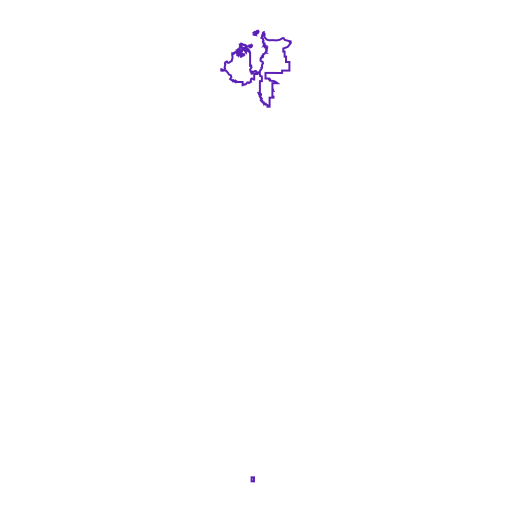 outline of Unincorporated NT, Northern Territory, Australia
{"feature_id": "25037944B66789818675827", "entity_name": "Unincorporated NT", "entity_type": "district", "adm_level": 2, "iso_a3": "AUS", "parent_name": "Australia", "parent_adm1": "Northern Territory", "projection": "orthographic", "projection_center": [130.965, -18.633], "detail": "fine", "context": "isolated", "style": "outline", "palette": "violet", "viewbox_px": 512, "rotation_deg": 0, "n_neighbors": 0, "source": "geoboundaries", "source_scale": "gbopen_adm2", "svg_char_len": 5558}
<svg xmlns="http://www.w3.org/2000/svg" viewBox="0 0 512 512"><path d="M259.9,81.1L259.9,92.6L259.3,92.9L258.5,92.9L259.1,94.3L259.9,93.8L261.0,94.1L261.1,94.9L259.8,96.2L260.2,96.6L260.2,97.3L260.8,97.4L260.9,97.8L261.2,97.9L261.3,98.4L261.8,98.7L261.6,99.1L261.0,99.3L260.7,100.1L261.4,100.9L262.1,100.9L261.9,101.7L263.1,102.1L263.3,102.8L263.8,102.6L264.1,104.3L265.1,103.7L265.7,103.7L265.9,104.7L267.0,104.8L267.7,105.3L267.5,106.7L269.6,106.7L269.6,97.7L273.5,97.7L273.5,96.7L272.4,96.7L272.4,90.6L273.2,90.7L272.7,90.0L272.8,89.6L272.4,89.6L272.4,83.2L277.4,83.2L275.4,81.7L273.4,81.0L270.0,80.6L270.0,79.4L268.9,79.4L268.9,78.5L265.5,78.5L265.5,72.9L282.1,73.0L282.1,70.6L289.4,70.6L289.4,62.0L286.0,62.0L286.1,56.6L284.6,56.6L284.6,51.6L283.3,51.6L283.3,48.5L287.7,46.9L290.8,43.0L290.7,42.0L290.3,42.3L290.5,42.6L290.2,42.8L289.7,42.4L289.7,42.0L290.1,41.8L289.8,41.2L289.4,41.3L289.2,41.1L285.0,40.0L284.3,39.4L283.9,38.4L283.0,38.0L279.6,39.8L276.5,40.4L272.0,40.1L269.5,40.3L268.0,40.0L266.5,39.4L264.5,37.2L264.2,36.3L264.5,35.7L264.2,35.2L264.5,34.8L264.2,34.5L264.5,33.7L263.8,33.1L263.8,32.2L263.4,32.3L262.8,33.1L262.9,34.1L262.1,35.3L262.2,36.2L261.4,37.8L262.0,38.0L263.0,38.9L263.1,40.2L263.6,40.8L262.8,41.9L263.2,42.7L264.1,43.7L264.5,43.5L264.6,44.0L264.0,44.1L264.3,44.6L263.9,44.8L263.8,45.0L264.3,45.1L264.5,45.6L264.8,45.3L265.1,45.5L264.5,46.0L265.1,45.9L265.0,46.4L265.5,46.4L265.3,47.0L266.1,46.8L265.8,47.3L266.4,47.4L266.4,48.0L266.9,47.9L266.7,48.3L267.0,48.7L266.8,49.1L266.2,49.3L266.7,50.1L266.4,50.5L266.6,50.8L266.2,51.0L266.3,51.4L265.6,52.2L266.0,52.6L265.4,52.5L264.8,53.6L263.1,54.3L262.7,55.2L263.2,55.6L263.2,56.2L262.8,56.7L262.2,56.7L262.4,57.1L261.8,57.1L260.9,57.9L261.1,58.4L260.7,58.5L260.5,60.6L261.2,61.3L262.6,61.8L263.0,63.5L262.5,63.9L262.0,65.2L262.1,67.2L261.4,67.7L261.7,68.6L261.2,69.0L260.6,70.2L260.1,70.4L259.9,72.3L258.6,72.3L258.0,72.9L260.0,74.3L260.1,75.9L261.8,76.4L261.9,81.1L259.9,81.1ZM250.1,65.5L250.1,52.6L249.8,52.0L249.5,52.3L249.5,52.9L249.5,53.0L249.4,52.4L249.7,52.0L249.5,51.4L249.1,51.7L248.8,51.5L248.7,51.3L249.1,51.5L249.4,50.9L248.4,49.4L247.7,49.6L247.8,50.2L248.1,50.3L248.2,50.6L247.9,50.3L247.6,50.4L247.3,48.9L246.7,49.3L247.0,50.3L246.6,50.6L246.8,51.1L246.5,51.6L246.9,51.6L246.5,51.6L246.4,51.0L246.3,51.5L246.1,51.0L246.5,50.1L246.4,49.6L245.5,50.5L244.8,50.4L244.8,50.7L245.0,50.9L245.0,51.0L244.8,50.7L244.8,50.4L245.4,50.3L246.3,49.1L246.1,48.5L246.4,47.9L246.2,47.4L246.5,46.8L245.9,47.0L244.7,48.6L245.7,47.0L246.0,45.8L244.9,45.4L245.4,45.2L245.6,45.5L246.0,45.6L245.5,45.1L244.2,45.0L244.0,44.7L243.3,44.8L242.3,44.0L241.1,43.6L240.9,44.0L239.8,44.5L240.1,45.1L240.9,45.3L241.3,45.8L240.1,46.0L239.9,46.4L240.6,47.2L240.7,47.7L240.1,47.7L239.9,48.0L239.4,50.4L239.6,50.9L240.1,50.3L240.6,50.3L240.1,50.7L240.9,51.0L241.1,51.4L241.5,51.3L242.0,51.8L241.9,52.5L241.9,51.8L241.5,51.4L241.1,51.5L240.8,51.1L240.1,52.0L240.1,52.8L240.3,52.8L240.1,53.0L239.9,51.8L239.2,51.9L238.8,51.5L238.7,52.2L239.6,52.8L240.0,53.9L240.4,53.4L241.1,53.6L241.1,53.3L241.6,53.9L243.0,54.1L242.7,54.4L243.0,54.6L243.9,54.1L243.1,54.8L243.5,55.1L244.0,54.8L244.8,54.7L245.1,54.7L244.1,54.9L243.3,55.9L243.6,56.0L243.2,55.9L243.4,55.3L242.5,54.9L241.5,54.9L241.2,54.6L241.0,54.8L242.0,55.9L241.3,56.7L241.7,56.9L241.3,56.9L241.3,56.2L241.5,55.9L241.5,55.3L240.9,55.1L240.7,55.5L240.5,55.4L240.8,55.1L240.4,55.0L240.0,55.5L239.5,55.9L240.0,55.0L239.4,54.6L239.1,55.0L239.1,54.5L238.4,55.0L237.9,54.5L237.6,54.7L237.7,55.2L238.1,55.1L238.2,55.4L238.0,55.6L238.2,55.8L238.0,55.5L238.2,55.2L237.8,55.3L237.9,55.5L237.8,56.1L237.8,55.5L237.2,55.0L237.8,54.1L237.6,53.3L236.9,53.3L235.9,52.3L235.3,52.6L235.1,52.2L234.5,52.6L234.7,52.9L234.3,53.2L234.3,52.9L233.6,53.1L234.0,54.5L233.2,53.6L233.0,53.8L232.3,53.4L232.1,54.9L232.4,55.6L232.5,58.0L231.7,60.5L231.8,60.8L228.8,62.8L227.4,62.6L227.0,62.1L227.0,61.6L226.4,61.6L225.9,62.2L225.3,62.3L224.9,63.7L225.3,64.6L224.6,67.3L225.1,68.2L224.6,69.1L224.5,70.2L225.0,70.6L226.0,70.6L228.1,73.0L228.8,74.4L230.9,75.4L231.4,77.1L230.1,79.0L231.9,80.3L232.9,80.1L233.0,81.3L233.7,81.2L234.7,81.7L234.4,80.8L235.3,80.5L236.3,81.2L236.1,81.8L236.3,82.0L242.6,82.0L242.6,85.2L243.7,84.9L243.7,84.3L245.8,84.3L247.4,82.4L248.2,82.4L248.6,82.9L249.5,82.8L250.6,81.6L251.0,81.6L250.7,80.5L251.2,78.9L251.6,78.5L252.1,78.5L253.6,79.5L254.2,79.5L254.2,74.0L257.0,74.0L257.0,72.4L256.3,72.5L255.8,71.0L255.2,71.0L254.8,71.6L253.1,71.6L253.1,72.0L252.5,72.0L252.0,73.7L251.6,73.7L251.2,71.6L250.6,71.6L250.1,69.7L251.5,67.3L251.1,66.9L251.3,65.9L250.8,65.1L250.1,65.5ZM244.2,49.9L242.3,49.9L242.3,47.9L244.2,47.9L244.2,49.9ZM251.6,481.3L254.0,481.3L254.0,477.3L251.6,477.3L251.6,481.3ZM249.3,45.3L249.0,45.9L249.8,46.4L250.0,46.3L249.7,45.9L250.0,45.7L250.2,46.4L251.0,46.2L249.5,47.0L249.9,47.4L250.3,47.4L250.6,46.9L251.3,47.0L251.7,46.6L251.8,46.3L251.3,46.4L251.3,46.0L251.7,46.0L251.7,45.5L250.6,45.9L250.2,45.8L250.3,45.5L250.0,45.7L250.0,45.3L249.3,45.3ZM237.9,50.7L237.8,49.6L237.4,50.1L236.7,50.3L237.0,50.9L236.7,51.8L237.2,52.5L238.0,53.1L238.0,54.4L238.5,54.7L238.6,53.8L237.8,52.7L237.3,51.4L237.5,50.7L237.9,50.7ZM221.3,70.6L222.9,70.8L223.1,70.4L222.6,69.8L221.6,69.7L221.2,68.4L221.3,70.6ZM255.3,33.9L255.1,33.9L255.5,34.1L255.6,34.4L254.9,33.9L253.9,34.7L254.9,35.1L256.0,34.9L256.2,34.5L255.3,33.9ZM254.9,32.7L255.9,32.3L255.9,31.8L254.6,31.9L253.9,32.5L254.9,32.7ZM255.9,33.0L257.7,33.2L258.0,32.7L256.9,32.5L255.9,33.0ZM256.2,31.2L257.5,31.5L258.3,31.2L258.0,30.7L256.2,31.2Z" fill="none" stroke="#5b21b6" stroke-width="2"/></svg>